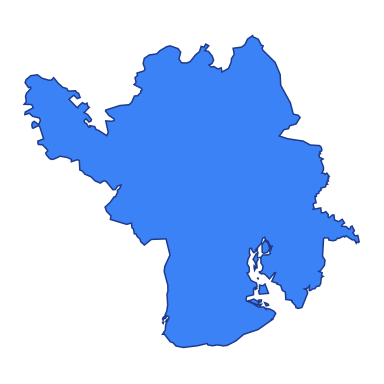 outline of Port Loko, Northern, Sierra Leone, rotated 269°
{"feature_id": "65957751B90762568654783", "entity_name": "Port Loko", "entity_type": "district", "adm_level": 2, "iso_a3": "SLE", "parent_name": "Sierra Leone", "parent_adm1": "Northern", "projection": "albers", "projection_center": [-12.858, 8.766], "detail": "fine", "context": "isolated", "style": "filled", "palette": "blue", "viewbox_px": 384, "rotation_deg": 269, "n_neighbors": 0, "source": "geoboundaries", "source_scale": "gbopen_adm2", "svg_char_len": 5967}
<svg xmlns="http://www.w3.org/2000/svg" viewBox="0 0 384 384"><g transform="rotate(269 192 192)"><path d="M299.2,30.4L299.7,32.5L298.3,32.7L293.8,28.4L290.7,27.2L285.2,27.9L282.6,25.7L282.3,32.3L281.4,33.7L279.0,34.7L274.9,26.7L272.3,26.2L273.5,30.8L270.4,34.0L268.7,40.7L266.3,41.7L262.1,40.0L265.4,35.4L264.2,33.7L261.8,33.0L258.9,33.5L258.5,34.2L261.1,39.8L259.7,41.0L247.7,44.6L245.6,38.8L243.4,38.8L242.2,39.3L241.8,43.4L236.8,48.0L235.6,48.5L233.7,46.5L232.0,46.8L227.9,50.2L227.0,52.4L227.5,55.0L230.1,60.8L228.7,67.8L226.8,71.9L224.4,71.9L226.3,78.2L225.3,79.9L216.0,80.2L214.8,82.8L211.7,85.2L209.0,91.3L204.9,95.1L202.5,100.5L204.9,104.3L203.7,106.7L195.6,113.0L195.9,115.4L199.4,117.9L200.2,121.2L196.8,119.8L194.9,117.4L193.0,117.6L188.5,115.4L188.5,114.0L183.2,110.1L178.4,104.8L174.1,106.3L169.6,110.6L166.0,109.9L160.8,126.1L162.0,130.9L157.2,131.4L155.8,132.9L151.2,133.6L151.0,135.3L148.4,136.5L146.0,139.1L143.1,139.9L139.8,143.5L145.3,150.5L145.6,165.2L129.4,168.9L118.1,163.5L112.9,162.8L99.3,166.2L93.3,166.2L90.2,165.2L79.5,165.7L73.5,164.7L69.6,163.0L67.5,166.7L66.4,166.7L59.9,163.4L54.5,162.9L50.2,160.0L50.2,161.5L50.9,161.5L42.8,167.5L41.5,170.5L38.3,173.3L36.7,180.7L38.2,194.9L40.3,204.4L38.9,205.1L37.9,209.8L38.7,214.8L37.6,220.6L38.0,224.4L42.3,233.2L48.7,241.1L53.3,255.6L63.1,270.2L63.4,269.4L64.1,270.8L69.2,273.6L71.5,271.7L73.6,267.7L74.4,263.8L73.5,263.8L75.8,261.8L75.7,256.5L79.8,250.3L82.0,244.7L83.4,244.1L86.6,244.9L88.2,251.7L94.6,251.9L96.5,255.4L99.8,254.9L102.4,249.6L110.1,245.6L110.4,247.2L111.7,247.9L115.8,247.9L119.2,245.9L123.7,246.8L128.0,249.0L130.3,248.2L134.5,248.7L134.7,250.3L131.4,251.7L130.2,252.8L130.5,253.7L133.6,255.0L139.3,260.2L144.5,261.8L145.5,264.0L143.5,264.3L141.2,267.2L135.3,269.9L136.5,270.7L136.6,272.0L136.0,270.7L133.0,270.1L131.9,268.6L129.1,269.3L127.8,267.2L127.8,261.6L125.4,259.6L125.3,258.4L124.5,259.8L120.0,259.6L116.4,261.8L113.0,261.1L111.1,259.3L111.0,257.9L110.2,258.0L108.8,260.3L109.4,261.1L108.3,263.7L103.8,267.9L109.8,273.0L109.9,274.2L101.2,270.2L99.3,275.6L98.6,275.2L97.1,279.0L92.0,280.6L90.3,283.6L82.9,283.9L81.9,290.1L80.8,289.8L76.2,293.8L74.7,293.8L73.7,296.0L74.6,299.9L89.0,305.9L92.0,305.1L93.1,302.7L93.9,305.9L96.1,307.8L91.6,307.5L91.3,308.3L93.1,311.3L93.1,313.1L95.3,314.7L95.9,317.8L98.4,319.1L104.0,319.7L105.4,321.7L106.1,320.1L109.1,320.7L110.4,317.4L111.3,319.2L116.3,323.1L121.4,323.8L125.6,321.4L143.0,322.7L143.9,323.9L143.7,327.4L141.5,328.1L140.8,332.1L141.4,334.9L143.3,336.8L143.0,338.0L145.1,342.7L144.3,343.9L145.5,345.2L141.4,351.3L141.1,353.7L138.0,355.3L139.2,355.9L138.5,357.2L139.2,358.3L145.7,357.0L145.3,354.1L148.4,352.3L150.5,353.7L155.2,351.4L154.3,350.0L152.3,349.3L152.1,348.3L154.7,345.6L155.2,341.0L157.0,341.7L158.4,344.0L162.1,341.7L159.8,338.0L161.6,334.0L166.4,333.6L166.7,332.1L164.0,328.8L164.5,327.7L167.2,327.8L170.0,325.5L168.9,323.0L169.1,320.9L173.8,320.5L172.6,312.9L174.4,313.7L177.1,312.8L178.4,313.4L179.1,315.9L185.3,314.7L185.4,316.3L187.6,316.1L188.5,318.7L190.4,319.0L191.7,321.2L193.5,320.8L194.9,325.6L197.2,326.2L197.4,327.7L199.2,326.6L200.6,328.6L201.5,327.7L202.9,328.8L204.5,328.3L205.0,329.5L208.6,327.1L207.3,325.5L208.3,324.5L208.6,322.1L211.8,323.9L214.8,323.8L221.4,321.4L222.7,323.6L224.5,320.0L227.6,319.7L228.1,321.2L229.8,320.3L230.8,322.3L232.4,322.6L235.1,321.6L236.2,320.2L236.9,311.1L241.0,304.0L243.6,288.4L246.5,280.2L252.8,285.1L253.6,289.6L256.6,290.9L258.2,297.2L264.7,301.4L267.0,299.3L268.1,294.6L279.5,291.9L297.0,282.6L307.9,282.2L320.2,277.3L332.7,265.1L334.5,264.7L336.9,265.7L337.8,263.7L343.6,260.9L346.0,255.8L347.3,255.3L343.9,250.2L338.5,247.5L336.0,244.2L335.0,235.6L328.9,236.6L324.7,233.8L321.2,233.4L315.0,230.8L311.4,224.0L315.6,223.4L314.6,220.0L317.1,216.0L316.6,213.4L318.8,211.2L320.0,214.2L323.5,215.9L327.5,214.6L332.3,210.9L333.1,207.2L337.9,211.3L339.7,208.3L336.6,206.6L337.5,203.7L332.3,202.0L328.8,197.7L322.4,192.5L321.1,189.1L321.3,183.8L325.3,181.3L332.0,183.1L335.6,180.5L338.5,172.7L337.7,169.2L333.8,162.3L330.7,159.2L329.8,151.7L326.4,146.6L321.1,145.4L315.8,147.3L313.8,145.9L311.9,139.1L309.4,139.5L307.3,137.0L302.4,138.0L300.4,135.9L296.4,143.4L295.0,143.9L293.8,142.4L292.5,142.6L289.2,139.3L289.0,136.1L282.9,133.3L280.4,130.7L279.7,121.3L275.4,107.1L274.3,107.0L269.9,110.4L266.4,115.4L264.8,115.3L264.1,113.1L264.6,107.0L253.2,109.3L249.8,107.8L255.4,99.4L255.9,97.3L259.1,95.9L260.1,91.0L258.7,91.2L258.8,89.7L262.4,87.7L263.2,85.9L265.2,85.4L267.2,87.2L263.7,90.3L264.8,92.3L266.3,92.7L271.3,89.0L273.3,85.5L278.5,90.8L279.4,89.4L282.7,88.6L281.7,86.7L283.3,84.0L279.5,79.7L278.2,79.3L278.3,78.6L286.9,70.6L290.9,75.6L287.4,78.9L288.4,81.8L292.7,80.3L293.3,78.6L295.3,77.3L295.0,70.1L297.7,68.6L298.8,64.7L303.3,59.9L308.7,55.7L306.3,53.2L306.3,50.8L308.4,43.9L311.9,39.5L311.1,32.8L307.2,28.1L304.3,27.0L299.2,30.4ZM138.3,261.1L130.7,261.1L129.5,262.6L130.2,266.1L133.9,268.8L139.4,267.2L142.2,264.0L138.3,261.1ZM93.0,257.8L91.7,256.8L88.7,257.6L89.3,266.7L98.7,263.4L97.0,261.3L97.8,257.9L93.0,257.8ZM129.0,255.1L123.6,251.9L121.5,253.5L114.3,255.8L120.7,255.4L123.4,256.9L126.2,256.2L130.1,256.8L129.0,255.1ZM83.9,251.8L82.6,248.3L81.0,248.6L77.1,257.9L81.8,255.5L83.9,251.8ZM82.9,259.5L82.8,256.8L80.5,257.4L81.1,259.4L82.9,259.5ZM78.4,266.4L79.8,263.7L80.1,262.7L76.8,264.2L77.4,266.6L78.4,266.4ZM117.2,252.9L116.0,252.7L112.7,253.2L115.2,254.6L117.2,252.9ZM65.8,160.3L64.3,160.8L68.0,162.3L67.4,161.3L65.8,160.3ZM95.5,255.1L94.4,253.0L93.4,253.6L94.4,255.3L95.5,255.1ZM68.7,163.4L67.9,162.8L65.4,161.8L66.9,163.4L68.7,163.4ZM133.9,256.4L132.3,255.1L131.4,256.0L133.9,256.4ZM77.4,258.5L78.6,259.6L78.6,258.0L77.4,258.5ZM62.0,160.3L61.1,160.9L62.5,161.4L62.5,161.1L62.0,160.3ZM104.0,256.6L104.6,256.8L104.9,255.6L104.0,256.6ZM68.3,164.6L68.5,163.8L67.2,163.9L68.3,164.6ZM81.7,247.5L82.5,246.8L82.3,246.3L81.7,247.5ZM64.4,164.4L63.7,163.8L63.2,163.7L63.6,164.3L64.4,164.4Z" fill="#3b82f6" stroke="#1e3a8a" stroke-width="1.5"/></g></svg>